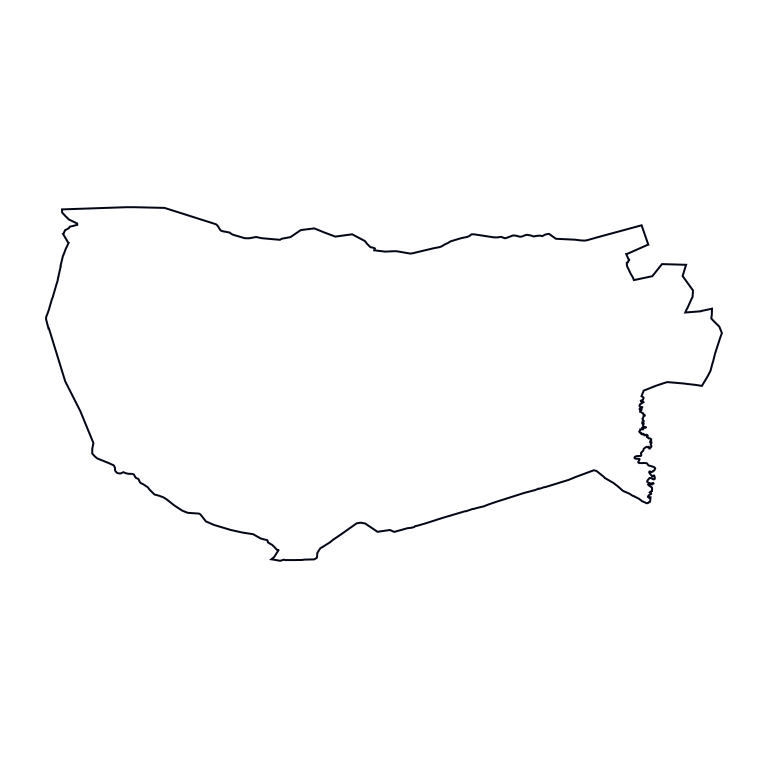 outline of Nautrēnu pag., Rezeknes, Latvia
{"feature_id": "27541924B31179007795423", "entity_name": "Nautrēnu pag.", "entity_type": "district", "adm_level": 2, "iso_a3": "LVA", "parent_name": "Latvia", "parent_adm1": "Rezeknes", "projection": "natural_earth1", "projection_center": [27.418, 56.733], "detail": "fine", "context": "isolated", "style": "outline", "palette": "ink", "viewbox_px": 768, "rotation_deg": 0, "n_neighbors": 0, "source": "geoboundaries", "source_scale": "gbopen_adm2", "svg_char_len": 6060}
<svg xmlns="http://www.w3.org/2000/svg" viewBox="0 0 768 768"><path d="M62.0,209.4L62.1,212.5L65.7,216.4L68.9,219.5L77.2,223.5L77.2,224.9L69.8,226.7L68.7,228.3L65.1,230.2L64.3,232.0L64.0,232.4L63.7,233.6L63.0,233.9L68.3,242.8L68.6,242.9L65.7,249.0L63.6,254.6L62.9,256.1L60.5,266.0L60.8,266.3L60.6,266.7L58.5,276.2L58.5,276.6L58.3,276.7L57.5,281.2L56.4,284.6L52.6,297.6L51.9,299.2L49.0,309.3L47.8,312.8L46.1,317.2L46.1,319.4L48.3,327.8L48.5,328.5L48.9,328.4L65.2,381.3L80.3,411.1L93.4,443.0L92.3,448.7L92.2,453.5L95.0,456.6L97.2,458.4L108.8,463.1L113.6,465.3L114.0,465.7L115.1,468.2L114.9,469.5L115.0,470.2L115.6,471.4L117.0,472.8L118.3,473.3L120.4,473.5L123.4,472.2L126.1,473.3L128.5,473.8L132.1,473.9L133.9,474.5L135.3,477.1L136.1,478.0L137.8,478.7L138.6,479.3L139.9,482.2L141.2,483.4L143.0,484.1L147.8,487.3L149.7,489.8L154.5,494.5L159.3,495.8L163.5,497.4L166.4,499.2L174.4,505.5L182.2,510.6L187.6,512.8L199.1,513.6L200.4,514.4L205.9,521.4L213.9,524.9L230.9,530.0L242.7,532.6L253.1,534.2L260.7,538.5L267.3,540.2L267.8,541.5L267.8,542.1L268.0,542.4L270.5,544.0L271.9,544.7L274.5,547.1L276.1,549.0L277.1,549.9L278.4,550.0L278.5,550.2L274.2,557.0L271.4,559.3L273.3,559.6L280.2,560.8L283.8,559.7L285.6,560.1L301.6,560.0L304.6,559.6L314.0,559.4L316.0,558.4L316.9,557.7L317.4,552.8L320.0,548.7L321.0,547.7L322.4,547.2L322.5,547.0L330.0,542.3L333.3,539.6L341.0,534.4L356.7,523.3L360.8,522.7L365.2,523.5L377.5,531.8L389.9,530.0L394.2,531.9L407.5,528.2L411.2,527.8L414.0,527.1L415.2,526.2L417.4,525.7L425.8,523.3L442.2,518.0L465.2,511.2L466.2,511.2L472.8,508.9L473.5,509.0L476.8,508.0L483.6,506.4L488.7,504.4L495.7,502.0L524.3,492.9L535.0,490.1L538.8,488.6L539.0,488.8L541.4,488.2L543.7,487.3L545.6,487.0L568.6,479.9L575.6,477.0L593.7,470.3L596.1,470.8L596.8,471.2L603.9,476.9L604.9,478.1L605.1,478.1L612.1,482.2L613.1,482.7L617.9,486.4L623.0,490.9L629.4,493.7L632.7,495.8L633.7,496.1L639.0,498.8L642.1,501.2L646.9,503.3L647.6,502.9L648.3,502.9L649.1,502.0L649.7,502.1L649.8,501.9L649.5,501.6L650.2,500.9L650.5,497.4L650.0,497.5L649.7,497.2L649.0,497.8L647.9,496.9L648.2,496.1L649.2,494.9L650.8,494.2L651.2,493.9L651.1,493.3L650.9,492.9L649.8,492.4L650.4,491.7L652.0,491.1L652.0,488.8L652.1,488.3L651.9,487.5L648.4,485.1L648.2,484.6L648.6,484.3L652.2,484.4L653.5,483.5L653.3,483.1L653.0,483.0L651.2,483.5L649.8,483.3L647.7,482.3L647.2,481.7L647.2,481.4L647.6,480.3L649.6,478.0L650.9,478.1L653.7,479.4L654.2,479.3L654.6,479.0L654.9,478.1L654.3,475.8L654.1,475.5L653.6,475.5L653.1,475.8L652.8,476.3L652.2,476.4L649.5,473.1L649.2,472.3L649.4,471.6L649.9,471.4L651.5,472.1L652.7,471.6L652.9,471.1L654.3,470.4L655.2,468.4L654.7,467.6L653.8,467.0L650.4,465.9L648.8,465.6L647.7,464.5L647.3,463.7L646.6,463.2L644.5,463.0L639.6,463.1L638.5,462.7L638.3,462.4L638.3,461.9L639.6,459.4L639.4,459.0L638.6,458.8L636.6,458.8L635.3,458.6L634.7,458.2L634.5,457.8L634.7,457.1L634.9,456.9L636.0,456.3L638.0,456.0L640.4,456.0L641.0,455.7L641.3,455.2L641.0,453.5L641.1,452.8L643.3,450.5L643.7,448.9L644.9,447.8L646.8,446.8L647.2,446.8L647.9,447.3L648.7,446.8L649.3,447.3L649.2,448.0L649.2,448.4L649.7,448.6L651.3,446.7L651.4,446.2L651.3,445.6L650.8,444.9L650.8,444.1L651.5,442.8L651.2,442.5L650.2,442.3L650.1,441.7L650.2,441.3L651.2,440.9L650.9,440.2L651.2,439.4L651.1,439.1L649.9,438.4L648.6,438.4L648.4,438.2L648.3,437.5L646.9,437.0L646.8,436.6L647.6,435.5L647.1,435.0L646.4,434.7L644.4,435.3L644.2,435.0L644.1,434.6L643.5,433.9L643.2,433.9L642.5,434.4L641.5,434.1L641.2,433.7L641.4,433.2L641.1,432.8L640.1,432.7L639.3,431.7L639.3,431.4L640.3,430.2L640.4,429.7L640.3,429.4L641.6,429.2L642.7,429.4L643.1,429.3L643.1,429.1L642.9,428.7L642.4,428.6L642.0,428.3L642.1,427.8L642.5,427.5L643.9,427.8L645.1,427.8L645.7,427.6L645.9,427.4L645.8,427.2L644.8,426.9L644.0,426.9L643.4,426.5L643.2,426.2L643.1,425.4L643.2,424.5L643.7,423.9L643.7,423.5L643.3,423.4L642.7,423.8L642.4,423.7L642.2,423.1L642.3,422.3L643.2,422.1L643.7,421.3L643.7,420.9L642.8,420.2L642.9,419.6L642.5,418.8L643.0,418.0L643.6,416.2L644.6,415.8L644.8,415.6L644.8,415.2L644.4,414.9L643.4,414.6L643.2,413.4L642.1,412.9L641.6,412.4L640.1,411.8L640.1,410.5L641.2,410.3L641.4,410.0L640.3,409.6L639.6,409.1L639.8,408.6L640.8,408.1L642.0,407.9L642.2,407.6L642.2,407.2L640.4,406.9L639.6,406.2L639.5,405.8L640.0,404.4L643.5,402.1L643.2,401.7L642.3,401.6L641.6,401.7L640.9,401.3L640.8,401.0L641.3,400.5L642.9,399.7L643.6,398.0L643.4,397.5L643.0,397.1L641.5,396.2L643.7,390.6L656.1,385.7L665.5,382.6L667.4,382.1L684.9,383.6L685.0,383.7L695.5,384.9L701.9,385.9L707.7,376.2L710.5,370.8L712.6,362.8L712.8,362.7L715.1,353.5L720.0,338.3L721.9,333.1L719.3,326.6L714.0,321.4L711.3,318.5L711.8,314.7L712.0,308.7L700.8,311.1L700.7,311.3L685.3,312.5L686.5,309.6L687.4,308.1L691.6,298.8L692.6,296.9L693.0,290.5L682.6,276.0L686.1,264.8L662.0,264.1L652.3,276.2L633.9,280.1L632.9,277.5L630.7,273.8L629.5,271.3L628.7,269.7L628.5,269.0L627.5,267.3L627.1,266.2L626.9,265.2L626.8,262.7L627.9,262.3L628.5,260.7L629.2,260.0L629.0,259.4L628.4,259.0L626.2,254.0L627.9,253.6L647.5,244.9L648.3,244.7L641.6,225.3L597.0,237.4L587.2,240.2L584.7,240.6L580.6,240.4L575.1,239.7L556.2,238.8L555.8,238.7L549.5,234.2L548.6,233.8L544.9,234.7L542.4,236.1L539.8,235.6L535.9,236.0L533.9,236.5L530.9,235.5L527.1,234.8L524.9,235.3L522.8,236.2L521.2,236.7L520.3,236.7L519.3,236.6L516.6,235.8L513.2,235.4L505.9,238.1L505.2,238.2L504.2,238.1L502.9,237.5L501.3,236.9L499.6,237.0L497.6,237.4L494.2,237.4L474.0,234.3L471.6,234.3L469.2,236.1L466.9,237.0L461.9,238.0L458.3,239.0L450.7,241.3L447.7,243.1L445.2,244.2L441.7,246.3L439.7,247.1L433.8,248.2L412.9,253.2L410.4,253.6L397.0,251.3L394.2,251.2L385.1,251.6L374.2,250.3L374.6,249.0L374.9,248.6L374.7,248.3L372.6,247.6L370.5,247.2L367.3,244.1L364.8,241.0L352.2,234.3L335.3,236.6L323.9,232.3L314.3,228.4L301.4,230.0L300.6,230.2L290.5,237.1L281.9,238.7L279.9,239.8L261.7,238.2L256.1,237.0L249.0,238.3L244.8,238.2L233.2,234.8L231.9,234.2L229.4,232.5L222.5,231.2L221.2,230.7L220.2,229.9L217.9,226.2L216.8,224.9L216.4,224.5L215.2,224.0L164.5,207.9L134.2,207.2L126.3,207.2L62.0,209.4Z" fill="none" stroke="#020617" stroke-width="2"/></svg>